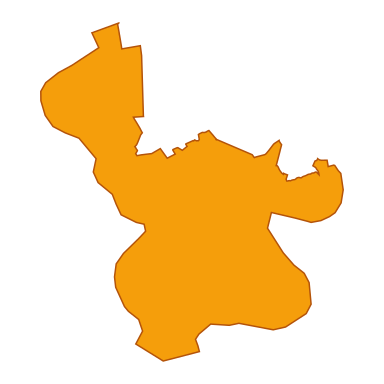 the district of Darayya, Rif Dimashq, Syria
{"feature_id": "27442178B13792068888358", "entity_name": "Darayya", "entity_type": "district", "adm_level": 2, "iso_a3": "SYR", "parent_name": "Syria", "parent_adm1": "Rif Dimashq", "projection": "robinson", "projection_center": [36.249, 33.454], "detail": "fine", "context": "isolated", "style": "filled", "palette": "amber", "viewbox_px": 384, "rotation_deg": 0, "n_neighbors": 0, "source": "geoboundaries", "source_scale": "gbopen_adm2", "svg_char_len": 4562}
<svg xmlns="http://www.w3.org/2000/svg" viewBox="0 0 384 384"><path d="M118.8,23.0L91.9,32.8L98.8,47.7L81.4,59.1L72.0,65.3L58.4,72.7L45.7,82.7L40.8,91.4L40.9,100.8L45.2,115.4L53.0,126.5L65.3,132.9L79.0,138.2L96.1,158.7L93.3,172.0L98.1,182.6L112.3,194.3L116.2,204.3L121.1,214.8L136.3,222.4L144.1,224.2L145.6,231.2L141.3,235.8L140.3,236.9L140.1,237.1L139.7,237.5L139.1,238.1L138.0,239.3L137.6,239.6L136.2,241.0L123.5,253.4L116.2,263.9L114.5,276.9L115.7,287.3L124.5,306.6L128.4,311.3L138.7,319.5L142.6,331.1L135.8,344.0L163.2,361.0L199.4,351.6L197.9,345.8L195.5,339.3L198.9,334.1L210.7,324.1L229.3,325.3L238.9,323.3L273.2,329.8L285.6,327.0L306.2,313.6L311.1,304.2L309.1,282.6L304.2,273.3L293.9,265.1L283.2,252.8L267.5,228.2L271.4,212.5L295.3,218.1L307.8,221.4L311.1,222.4L320.9,220.6L329.5,216.6L335.1,212.7L341.1,202.9L343.2,189.8L340.8,173.4L338.2,170.6L334.8,165.5L333.8,165.1L328.2,166.6L327.1,160.2L321.3,160.3L319.5,159.9L317.7,158.7L317.7,158.8L317.5,159.2L317.4,159.3L317.3,159.5L317.2,159.6L316.7,160.5L316.1,160.6L315.0,161.0L313.0,165.6L312.9,165.8L314.0,166.5L315.6,167.5L316.2,168.4L316.5,169.0L316.9,169.6L317.5,170.3L317.7,170.5L317.8,170.7L317.9,170.9L318.0,171.1L318.1,171.3L318.5,172.3L318.7,172.9L318.8,173.4L319.0,174.7L318.6,174.3L317.3,173.0L316.5,172.2L316.3,172.1L316.2,172.1L315.8,172.0L315.7,172.0L314.5,172.5L314.0,172.9L313.8,172.9L313.7,173.0L313.4,173.0L313.2,173.0L312.9,173.0L312.7,173.0L312.4,173.0L312.2,173.1L311.8,173.2L311.6,173.3L311.4,173.4L311.2,173.6L311.0,173.8L310.8,173.8L310.7,173.9L310.6,174.0L310.3,174.1L310.2,174.1L309.6,174.1L308.9,174.2L308.2,174.4L307.6,174.6L306.6,175.2L305.8,175.6L304.4,176.1L303.7,176.3L303.2,176.5L302.8,176.7L302.3,177.0L301.8,177.4L301.7,177.5L301.4,177.7L301.2,177.7L301.1,177.8L300.6,177.8L300.4,177.8L300.2,177.8L300.0,177.7L299.8,177.7L299.6,177.6L299.0,177.4L298.0,177.6L297.5,177.7L297.3,177.8L297.2,177.8L296.9,178.0L296.6,178.2L296.5,178.3L296.3,178.4L296.1,178.6L295.9,178.9L295.8,179.0L295.6,179.1L295.3,179.3L295.2,179.4L295.0,179.5L294.7,179.6L293.2,179.8L292.0,180.1L291.7,180.2L291.1,180.5L290.7,180.7L290.3,180.8L290.0,180.8L289.6,180.7L289.2,180.6L288.3,180.8L288.0,181.0L287.4,181.0L286.7,181.0L286.5,180.2L286.1,179.3L286.2,178.9L286.8,177.1L287.0,176.4L287.5,174.9L286.2,174.4L285.3,174.1L284.3,173.7L283.6,173.3L283.3,174.3L282.5,173.6L282.1,173.3L281.7,173.1L281.1,172.2L280.8,171.8L279.9,170.6L279.3,169.6L279.1,169.1L278.9,168.7L278.3,167.3L278.2,167.1L278.1,166.9L277.9,166.6L277.8,166.4L277.6,166.2L277.1,165.7L276.2,165.6L276.3,165.3L279.0,154.9L280.1,150.6L280.2,150.0L281.1,146.7L281.6,144.7L281.0,143.9L280.1,142.6L279.5,141.7L279.3,141.1L279.1,140.5L279.1,140.4L278.7,140.6L277.9,141.2L275.0,143.1L274.7,143.3L274.4,143.5L274.2,143.7L273.9,143.9L273.7,144.2L273.4,144.4L273.2,144.7L271.3,147.2L268.7,150.6L266.7,153.0L265.9,153.9L265.7,154.0L265.4,154.3L265.2,154.4L265.0,154.5L264.8,154.6L264.6,154.7L260.8,155.7L256.6,156.8L255.6,157.1L255.3,157.2L255.0,157.3L254.8,157.4L254.5,157.5L254.3,157.6L252.2,154.7L216.9,139.6L216.7,139.5L216.3,139.8L216.0,139.5L216.3,139.1L216.1,138.8L215.1,137.8L214.0,136.5L212.9,135.1L212.6,134.8L212.0,134.1L210.8,132.7L209.9,131.7L209.0,130.6L208.9,130.5L207.5,131.1L207.0,131.4L206.8,131.6L206.6,131.7L206.5,131.8L206.4,131.8L206.2,131.9L206.0,132.0L205.9,132.1L205.7,132.1L205.3,132.3L205.2,132.3L204.8,132.4L204.6,132.4L204.4,132.5L204.2,132.5L203.8,132.5L203.7,132.5L202.3,132.4L199.6,133.7L198.4,134.5L199.3,139.5L198.4,140.7L196.3,140.8L194.7,139.9L193.8,140.8L193.7,140.7L193.4,140.6L193.2,140.6L192.9,140.7L192.7,140.8L186.0,143.8L185.9,143.9L185.8,144.0L185.8,144.3L186.7,145.8L187.1,146.4L182.3,150.3L178.4,148.0L178.3,147.9L178.2,147.9L177.9,147.8L177.8,147.7L177.7,147.7L177.4,147.7L177.2,147.7L177.0,147.8L176.9,147.8L176.7,147.9L176.5,148.0L176.4,148.0L173.0,149.5L172.9,149.6L172.8,149.8L172.8,150.0L172.9,150.3L175.2,154.1L167.2,158.2L160.3,148.6L151.7,153.6L145.7,154.3L141.0,154.9L137.0,155.7L135.7,153.7L137.4,150.7L137.4,150.4L135.9,148.3L135.7,147.6L134.8,146.7L135.6,145.9L136.0,145.4L136.2,145.2L136.4,145.1L136.5,144.8L136.7,144.6L136.8,144.4L137.2,143.5L137.4,143.1L137.7,142.4L138.1,141.4L138.5,140.4L139.1,138.9L139.9,136.9L140.5,135.3L140.6,135.1L140.7,134.9L140.8,134.7L141.0,134.5L142.3,132.8L141.1,130.6L140.0,128.4L139.0,126.7L137.4,124.0L136.0,121.7L134.2,118.8L133.4,117.2L142.1,116.6L143.5,116.5L143.4,116.1L141.6,55.6L140.3,45.7L121.8,48.9L121.3,45.7L119.5,34.9L119.4,34.8L119.4,34.7L119.1,32.5L117.6,24.2L118.8,23.1L118.8,23.0Z" fill="#f59e0b" stroke="#b45309" stroke-width="1.5"/></svg>